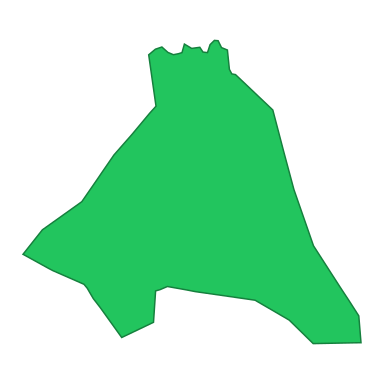 São Julião, Piauí, Brazil (Equal Earth projection)
{"feature_id": "56859067B17966714398568", "entity_name": "São Julião", "entity_type": "district", "adm_level": 2, "iso_a3": "BRA", "parent_name": "Brazil", "parent_adm1": "Piauí", "projection": "equal_earth", "projection_center": [-40.828, -7.071], "detail": "fine", "context": "isolated", "style": "filled", "palette": "green", "viewbox_px": 384, "rotation_deg": 0, "n_neighbors": 0, "source": "geoboundaries", "source_scale": "gbopen_adm2", "svg_char_len": 843}
<svg xmlns="http://www.w3.org/2000/svg" viewBox="0 0 384 384"><path d="M23.0,254.3L48.6,268.4L53.0,270.7L84.0,284.3L87.3,288.3L89.9,292.8L93.3,298.6L100.1,307.4L121.7,337.5L153.5,322.3L155.6,290.9L159.9,289.7L167.4,286.5L186.5,289.9L195.2,291.6L249.5,299.4L255.0,300.2L265.7,306.4L289.2,320.1L313.2,343.6L353.9,342.8L361.0,342.7L358.8,315.9L349.0,300.6L342.6,290.9L339.4,286.0L313.5,245.8L293.9,189.5L283.6,151.2L279.1,134.0L272.8,110.0L235.5,74.6L231.8,73.9L229.4,69.4L227.4,50.0L221.5,47.6L218.1,40.7L214.4,40.4L210.1,44.6L207.5,52.6L203.0,52.1L199.8,47.3L191.7,48.4L184.4,44.1L182.0,52.6L178.5,53.7L173.4,54.7L167.9,52.4L161.9,47.0L155.4,49.2L148.7,54.8L151.3,73.1L156.0,106.2L149.6,113.3L132.0,134.4L114.0,154.9L101.0,173.8L98.1,178.1L81.8,201.7L65.0,213.7L42.4,229.8L23.0,254.3Z" fill="#22c55e" stroke="#15803d" stroke-width="1.5"/></svg>